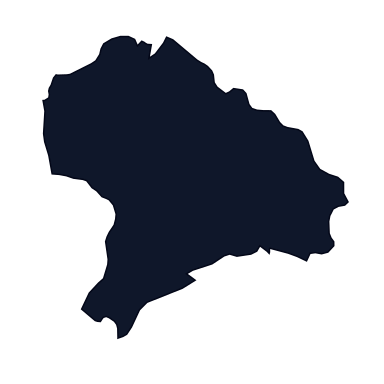 SVG path tracing the border of Diekirch, rotated 95°
{"feature_id": "LUX-906", "entity_name": "Diekirch", "entity_type": "District", "adm_level": 1, "iso_a3": "LUX", "parent_name": "Luxembourg", "parent_adm1": "", "projection": "equal_earth", "projection_center": [5.98, 49.94], "detail": "fine", "context": "isolated", "style": "filled", "palette": "ink", "viewbox_px": 384, "rotation_deg": 95, "n_neighbors": 0, "source": "natural_earth", "source_scale": "10m", "svg_char_len": 1818}
<svg xmlns="http://www.w3.org/2000/svg" viewBox="0 0 384 384"><g transform="rotate(95 192 192)"><path d="M250.6,71.9L247.0,81.5L244.5,90.7L241.2,109.4L242.1,109.9L245.2,109.6L246.4,109.8L244.5,111.9L239.6,119.7L245.3,122.4L248.7,127.9L252.0,141.7L250.5,149.1L252.8,154.5L261.8,165.8L269.8,184.6L274.0,190.4L279.6,181.2L288.6,193.2L305.8,227.3L314.0,234.1L331.8,240.6L339.4,244.7L341.9,248.3L344.0,253.0L343.9,253.0L334.4,254.0L330.5,255.4L327.5,258.0L324.4,263.5L323.4,266.6L324.6,269.5L326.3,270.6L329.0,272.0L329.0,274.9L328.5,277.2L318.3,291.7L301.6,285.5L290.8,277.1L286.0,272.5L271.6,269.5L266.4,269.6L248.9,273.7L244.0,272.6L239.3,270.8L231.7,266.6L225.6,265.6L220.6,265.6L211.8,269.1L206.9,273.9L205.8,276.7L204.5,281.2L199.0,287.1L196.4,291.9L189.9,297.9L188.9,301.8L188.5,311.3L186.7,318.5L186.0,325.8L186.1,332.9L168.0,337.8L154.8,343.1L146.8,344.9L124.2,345.5L113.9,348.3L113.7,346.8L110.7,342.8L107.3,342.6L103.9,343.5L101.0,343.1L97.9,341.6L90.5,339.8L87.2,337.6L87.4,336.0L86.3,326.7L85.5,323.6L73.1,303.4L69.7,299.2L63.0,295.8L57.4,295.0L52.1,292.8L46.6,285.2L43.4,276.9L42.7,268.9L45.0,262.5L51.2,259.1L46.2,255.2L47.1,252.8L48.1,251.2L48.9,249.3L48.8,245.4L62.6,246.6L57.7,240.5L46.1,233.2L40.0,230.8L42.1,224.4L60.2,198.6L62.4,194.3L63.6,191.0L65.6,187.5L69.7,183.0L73.4,181.0L81.1,179.5L85.4,176.2L91.2,167.0L89.1,163.3L85.4,159.6L86.0,150.4L89.2,146.9L99.8,143.0L103.6,139.7L104.9,134.5L104.9,128.2L104.3,120.5L107.5,116.4L115.1,110.9L118.3,107.2L119.6,102.6L120.6,91.8L122.5,87.6L131.2,81.1L150.6,73.3L158.4,66.7L162.6,57.2L164.7,48.1L169.2,41.9L180.3,40.9L188.3,35.7L191.7,38.7L193.4,45.0L196.6,49.9L201.2,51.7L203.5,52.7L209.4,53.3L221.3,51.8L225.8,49.5L229.2,46.5L233.2,46.1L240.0,51.4L242.2,57.5L241.6,63.8L242.8,69.1L250.6,71.9Z" fill="#0f172a" stroke="#020617" stroke-width="1.5"/></g></svg>